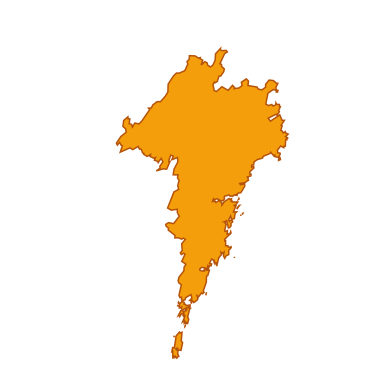 Skibbereen-West Cork Lea-5, Cork, Ireland, rotated 311°
{"feature_id": "5873133B33035753150692", "entity_name": "Skibbereen-West Cork Lea-5", "entity_type": "district", "adm_level": 2, "iso_a3": "IRL", "parent_name": "Ireland", "parent_adm1": "Cork", "projection": "equal_earth", "projection_center": [-9.179, 51.623], "detail": "fine", "context": "isolated", "style": "filled", "palette": "amber", "viewbox_px": 384, "rotation_deg": 311, "n_neighbors": 0, "source": "geoboundaries", "source_scale": "gbopen_adm2", "svg_char_len": 6107}
<svg xmlns="http://www.w3.org/2000/svg" viewBox="0 0 384 384"><g transform="rotate(311 192 192)"><path d="M293.2,100.6L290.3,102.8L287.1,102.7L285.8,104.9L278.8,107.0L273.3,104.3L271.5,102.2L267.2,101.9L257.8,103.2L251.6,108.2L246.8,109.0L239.6,109.0L237.2,106.3L231.8,105.3L228.9,106.2L226.7,104.2L226.5,106.0L212.4,107.6L208.6,107.3L206.5,103.6L201.9,104.4L203.4,101.9L202.3,99.8L206.4,97.1L205.3,95.8L206.7,94.3L201.2,93.5L196.2,96.8L196.1,100.5L193.9,103.1L187.3,101.9L179.3,102.9L178.4,104.9L182.0,104.8L180.8,107.5L181.3,109.1L175.0,111.7L184.6,116.2L185.1,119.5L191.1,121.5L189.9,124.3L190.9,125.1L190.4,127.0L189.1,128.8L189.6,130.3L188.8,130.8L189.4,134.7L193.1,136.2L191.3,137.0L192.5,141.1L194.0,141.8L191.4,142.7L192.6,146.1L192.0,147.2L197.1,146.6L195.8,150.2L190.2,150.9L189.1,152.3L184.5,151.2L190.6,155.1L192.6,157.9L200.5,155.4L199.7,154.6L200.7,153.8L205.9,151.7L206.8,154.4L203.1,155.6L208.5,158.4L205.4,161.6L197.6,163.4L192.6,166.5L195.8,170.2L193.2,171.7L192.2,174.7L187.2,177.2L185.3,180.2L180.2,178.3L163.9,184.1L164.7,188.3L169.3,192.2L166.8,194.5L165.3,198.3L156.1,198.9L153.5,194.4L150.3,193.4L149.2,194.9L149.3,197.9L147.7,199.0L148.1,207.7L146.1,209.2L148.4,211.6L149.7,215.2L151.4,215.7L151.9,218.0L146.1,218.2L141.5,223.0L138.4,223.1L137.8,225.0L140.3,225.9L140.5,227.5L132.9,229.8L133.5,234.8L130.0,235.4L127.2,237.6L119.4,238.0L116.1,239.6L114.8,241.5L114.9,244.9L105.5,249.9L104.4,252.1L105.7,253.1L103.6,255.0L103.8,256.0L106.3,257.5L108.1,256.5L113.9,258.5L111.8,261.5L108.8,261.4L109.5,262.2L107.3,264.7L110.2,263.4L109.8,265.9L113.8,266.8L115.5,266.3L117.1,263.8L117.3,265.7L122.2,265.4L122.2,266.8L124.1,267.0L124.9,265.3L133.3,262.0L137.9,258.2L139.3,258.7L144.4,256.4L142.6,254.4L142.8,251.6L140.4,252.5L141.0,253.9L138.7,251.0L138.1,249.3L138.8,248.4L141.4,248.7L143.0,251.0L143.7,253.7L146.9,252.3L146.3,254.2L148.4,253.7L148.8,254.8L150.6,254.0L149.6,252.1L154.3,250.8L154.7,253.1L153.9,254.2L154.6,254.0L152.8,256.6L154.5,256.5L154.7,257.0L152.2,259.3L160.0,255.3L164.1,255.3L165.6,253.3L165.7,255.3L167.7,255.6L164.4,257.7L163.4,260.2L166.2,259.6L168.9,260.8L172.0,258.0L175.7,258.1L176.3,257.2L175.1,257.0L174.2,255.1L175.0,254.3L173.4,252.7L177.3,249.3L176.6,248.8L177.6,247.7L183.7,248.1L184.2,246.8L183.3,246.1L186.1,244.1L184.0,242.9L184.2,242.0L189.9,239.0L190.2,237.4L191.5,237.0L190.7,235.8L193.1,237.0L188.8,243.0L189.8,243.8L192.2,243.6L193.9,241.9L196.2,242.3L196.9,240.9L196.2,239.9L194.3,239.4L195.2,237.9L199.3,236.8L197.4,239.7L199.7,241.4L204.2,238.5L206.3,238.7L204.1,236.3L210.4,234.2L208.9,232.2L210.8,233.5L214.5,233.1L210.9,228.9L211.6,227.9L210.8,227.5L212.9,226.2L211.3,225.4L211.5,224.3L205.9,222.7L201.7,223.2L203.4,221.5L203.3,217.9L199.7,216.9L200.2,215.5L198.2,213.7L201.0,212.7L200.7,214.0L203.4,215.3L204.4,219.5L205.9,221.1L208.2,221.1L209.1,219.7L210.2,219.4L214.1,221.9L213.9,223.5L215.9,225.7L217.7,225.8L218.2,227.3L219.3,227.1L219.1,228.1L221.5,227.5L223.5,229.3L231.0,228.0L232.6,226.5L229.3,223.9L229.7,222.4L234.1,225.9L237.5,226.6L240.1,224.7L239.0,223.5L242.9,225.9L244.2,224.8L243.5,223.7L245.3,222.4L250.8,222.9L251.8,221.7L249.9,220.7L251.4,219.5L253.1,220.5L255.7,219.1L259.2,220.0L263.9,223.0L265.6,222.3L272.4,225.7L273.6,225.3L272.9,230.5L274.1,230.4L273.2,231.6L275.0,234.8L272.6,236.6L274.5,237.5L275.9,235.5L275.3,234.5L278.7,233.6L279.1,232.7L277.8,231.1L279.5,229.1L284.9,228.7L285.6,232.2L286.9,231.4L287.7,232.4L292.6,228.6L293.7,228.3L293.7,229.2L294.6,228.7L294.9,229.0L295.3,229.0L295.6,228.8L295.2,226.2L298.8,226.6L298.0,224.0L298.8,222.8L296.4,222.2L297.2,219.6L296.7,218.6L301.1,216.6L300.8,215.5L306.7,214.7L305.2,213.0L307.8,207.6L296.9,204.7L297.7,201.1L306.0,204.5L305.7,205.8L309.9,205.3L310.1,204.1L314.3,202.7L313.9,202.0L315.4,200.6L313.7,198.3L314.3,196.9L312.7,198.0L310.0,196.8L310.4,194.8L307.4,193.0L306.8,190.0L316.4,184.5L322.7,186.1L323.9,188.9L322.7,190.0L323.6,191.0L325.1,190.2L324.3,188.6L325.9,186.7L330.3,185.5L329.5,184.4L329.5,180.3L327.0,176.7L321.6,176.9L319.3,178.8L315.0,177.8L313.1,174.4L313.9,172.3L309.1,164.4L312.8,161.8L313.0,158.8L307.2,157.2L305.3,160.0L301.3,159.2L297.7,156.0L298.7,155.7L299.1,152.6L292.4,152.6L291.1,145.5L283.9,144.5L283.1,142.3L286.8,137.4L289.6,136.7L289.4,137.7L292.0,138.6L297.2,136.3L298.3,137.6L303.7,137.0L306.1,135.6L306.2,131.8L307.7,130.6L307.1,128.9L317.9,125.8L320.9,126.8L321.3,124.9L318.3,121.9L317.9,120.0L319.0,119.3L311.7,119.1L306.7,123.0L301.5,124.5L298.5,123.9L298.0,120.7L299.4,118.7L298.8,116.2L293.8,115.6L298.5,113.7L297.9,110.5L298.9,110.1L297.3,108.8L296.7,105.0L293.2,100.6ZM73.1,274.4L62.8,280.9L61.9,279.4L58.3,281.5L59.2,281.8L53.7,286.8L56.9,285.8L55.8,286.6L56.9,287.0L56.2,287.6L57.0,287.6L56.6,289.5L59.5,289.4L59.0,290.5L60.6,287.2L63.0,285.6L62.5,283.8L63.2,282.7L64.5,283.2L63.9,285.5L65.2,287.6L72.2,283.7L72.5,281.6L79.6,276.5L77.8,275.6L78.1,274.4L73.1,274.4ZM94.9,270.7L102.2,267.0L103.2,267.1L102.0,265.0L102.6,264.4L104.3,265.7L105.5,264.7L102.5,262.1L102.9,260.5L102.1,259.7L103.6,258.5L102.9,256.3L99.4,256.0L96.2,258.5L98.4,259.6L97.1,260.2L96.8,262.3L100.8,263.7L99.9,265.1L98.1,265.8L99.3,264.7L95.7,264.8L96.6,262.6L95.0,261.4L89.5,262.8L91.0,263.3L90.1,264.5L93.3,263.9L94.4,264.8L93.7,265.5L95.0,265.3L93.0,267.1L94.2,267.3L93.6,268.2L87.8,270.1L89.7,270.5L88.1,272.0L89.5,271.8L88.3,273.5L89.6,274.8L90.1,273.6L90.6,274.6L93.8,273.0L94.9,270.7ZM184.3,248.3L186.6,248.4L187.5,247.2L184.3,248.3ZM210.4,236.3L208.4,237.1L211.5,236.8L210.4,236.3ZM144.4,255.2L145.0,253.8L143.9,254.4L144.4,255.2ZM124.0,269.7L125.9,268.8L123.0,270.1L124.0,269.7ZM100.2,254.1L99.3,254.3L99.2,255.4L99.9,255.0L100.2,254.1ZM209.0,244.2L208.0,244.9L209.4,244.4L209.0,244.2ZM97.7,255.5L96.8,255.8L96.8,256.0L97.7,255.5ZM217.6,232.1L217.9,231.6L216.9,231.9L217.6,232.1ZM86.3,274.9L87.3,274.0L85.9,274.9L86.3,274.9ZM207.0,243.8L206.7,243.9L206.1,244.6L207.0,243.8ZM212.7,236.3L212.0,236.4L213.0,236.6L212.7,236.3ZM71.2,273.5L71.2,273.2L70.6,273.4L71.2,273.5ZM170.0,267.1L171.0,266.7L170.4,266.9L170.0,267.1ZM237.6,227.1L238.6,226.8L237.3,227.1L237.6,227.1Z" fill="#f59e0b" stroke="#b45309" stroke-width="1.5"/></g></svg>